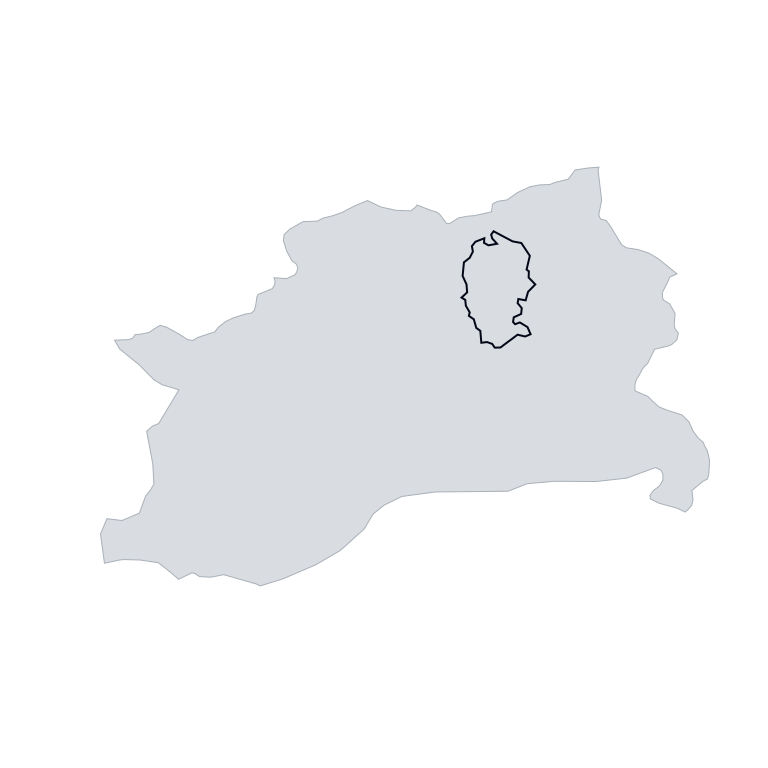 Bulgaria, with Pazardzhik highlighted, rotated 169°
{"feature_id": "BGR-2234", "entity_name": "Pazardzhik", "entity_type": "Province", "adm_level": 1, "iso_a3": "BGR", "parent_name": "Bulgaria", "parent_adm1": "", "projection": "robinson", "projection_center": [24.121, 42.158], "detail": "coarse", "context": "in_parent", "style": "outline", "palette": "ink", "viewbox_px": 768, "rotation_deg": 169, "n_neighbors": 0, "source": "natural_earth", "source_scale": "10m", "svg_char_len": 2949}
<svg xmlns="http://www.w3.org/2000/svg" viewBox="0 0 768 768"><g transform="rotate(169 384 384)"><path d="M640.1,478.4L626.6,476.3L621.9,476.9L619.0,479.9L612.7,479.3L604.9,479.4L596.9,482.8L592.4,484.3L586.4,481.1L575.1,471.6L568.2,464.9L563.2,463.2L558.1,465.2L540.1,467.5L535.8,471.3L527.5,475.6L519.1,477.7L507.1,479.1L500.7,478.9L497.2,481.0L494.3,487.3L492.3,493.4L490.5,495.9L475.5,498.9L472.2,502.4L471.3,505.9L471.7,509.3L459.6,506.0L450.4,508.2L448.2,510.8L446.3,514.6L447.4,518.7L450.9,522.6L454.2,533.2L455.4,543.8L453.5,549.8L446.7,554.1L432.4,558.8L418.5,556.6L412.4,558.4L402.2,559.0L392.8,560.3L378.3,564.6L365.2,567.2L353.4,558.4L339.4,552.3L324.7,548.8L319.6,551.4L317.4,553.4L305.1,545.6L299.6,542.8L296.9,539.8L291.8,529.4L288.8,529.1L278.7,532.9L268.9,532.7L263.0,532.0L245.6,532.5L243.3,539.6L241.2,540.7L237.4,541.6L228.1,541.2L216.3,546.5L203.5,549.7L193.6,549.8L183.4,548.2L177.2,549.3L164.0,549.9L155.6,557.6L142.6,557.1L131.6,555.8L133.0,553.4L135.3,522.9L140.8,509.3L140.6,506.5L139.5,504.3L134.7,502.2L131.3,494.8L124.2,475.4L120.1,471.5L108.8,467.4L98.9,461.8L90.6,454.4L75.4,436.2L83.1,434.4L85.5,430.7L93.3,420.7L94.2,415.7L93.5,413.0L88.3,408.1L84.8,397.7L87.6,387.8L87.9,382.8L85.3,377.8L88.1,371.5L93.6,368.1L97.1,367.1L111.8,366.5L121.2,354.0L126.9,350.0L132.7,343.0L135.4,340.4L138.0,334.9L138.9,329.3L127.3,321.4L123.4,315.5L118.3,308.9L111.3,304.4L97.3,296.7L91.9,288.8L89.5,278.6L85.8,270.8L81.8,265.8L81.0,261.7L79.3,256.7L79.0,246.8L82.4,233.6L84.6,229.0L89.4,227.7L102.1,220.7L102.7,211.7L105.0,206.2L109.1,203.0L112.8,200.8L119.7,206.0L136.4,214.3L144.5,220.4L144.1,224.1L140.2,227.8L132.9,231.5L128.6,236.3L127.4,242.3L128.5,246.5L133.6,250.2L163.7,245.3L194.3,247.8L235.3,256.0L262.5,258.8L282.7,255.1L319.9,261.9L354.6,268.3L388.0,270.2L406.6,265.2L419.6,258.4L430.8,245.7L458.5,229.0L485.4,219.6L520.6,212.0L544.1,209.4L547.4,212.0L577.7,227.4L591.0,227.4L601.9,230.2L605.9,234.2L608.6,235.3L622.9,231.5L629.5,239.9L639.6,251.6L656.7,257.7L671.9,261.1L676.7,261.7L692.6,261.4L690.9,290.9L681.7,304.6L667.2,300.0L648.8,303.9L639.4,319.4L633.9,324.1L629.0,329.5L626.2,349.7L626.0,382.9L619.1,386.9L612.7,388.2L586.4,417.4L601.9,425.6L608.9,431.8L620.4,449.2L636.8,468.8L640.1,478.4Z" fill="#d9dde1" stroke="#a8b0b8" stroke-width="1"/><path d="M280.6,405.9L279.3,417.8L282.7,421.4L283.5,430.4L287.7,434.7L286.2,437.9L288.7,445.2L288.2,451.1L291.4,454.0L284.9,458.1L284.0,466.0L286.2,475.1L282.3,488.2L275.7,491.6L271.5,497.0L271.4,502.6L267.1,506.2L257.7,507.9L258.9,503.5L255.0,500.2L246.3,500.1L250.0,506.2L250.3,510.2L247.3,513.0L230.6,499.5L222.3,496.2L216.4,482.0L222.2,469.1L220.3,467.0L221.7,460.9L216.5,452.9L225.0,447.0L229.0,439.1L235.9,441.8L237.4,437.9L234.3,432.2L236.0,426.6L243.9,424.7L245.5,420.2L243.9,417.7L238.9,418.5L232.3,412.5L230.6,404.9L236.3,403.7L243.5,406.9L262.8,397.6L268.4,398.6L270.1,402.7L274.9,405.5L280.6,405.9Z" fill="none" stroke="#020617" stroke-width="2"/></g></svg>